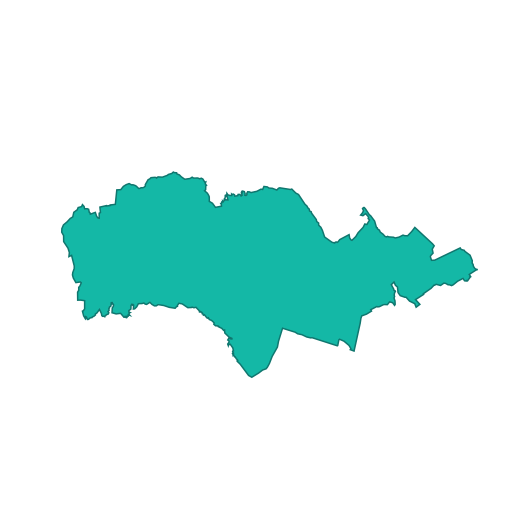 outline of Vitomiresti, Olt, Romania, rotated 235°
{"feature_id": "2599482B1675604721620", "entity_name": "Vitomiresti", "entity_type": "district", "adm_level": 2, "iso_a3": "ROU", "parent_name": "Romania", "parent_adm1": "Olt", "projection": "natural_earth1", "projection_center": [24.373, 44.847], "detail": "fine", "context": "isolated", "style": "filled", "palette": "teal", "viewbox_px": 512, "rotation_deg": 235, "n_neighbors": 0, "source": "geoboundaries", "source_scale": "gbopen_adm2", "svg_char_len": 6118}
<svg xmlns="http://www.w3.org/2000/svg" viewBox="0 0 512 512"><g transform="rotate(235 256 256)"><path d="M188.3,402.5L186.7,397.5L185.6,391.8L187.3,389.5L188.8,388.4L189.4,384.1L190.9,380.4L192.5,379.4L195.6,375.6L196.6,375.1L196.7,374.0L198.0,372.9L200.9,372.6L204.3,371.5L206.4,371.9L208.5,371.1L209.7,371.5L210.2,371.0L216.6,373.2L223.3,373.0L224.8,372.5L231.5,372.7L233.6,372.5L234.0,371.9L233.8,370.5L231.4,370.0L230.2,367.8L229.5,365.2L227.7,366.7L227.8,370.1L224.2,370.5L223.0,370.3L222.3,369.3L220.4,369.7L218.2,364.9L219.8,363.5L218.0,360.2L216.5,353.0L214.7,348.9L213.8,343.6L214.5,343.1L216.9,343.0L220.1,344.5L221.4,334.0L220.6,331.5L220.6,330.3L221.6,329.7L221.8,328.3L221.5,327.9L223.7,326.1L232.2,323.1L238.9,325.1L242.4,325.6L245.2,325.0L247.1,326.2L249.4,325.5L251.3,326.3L259.2,326.1L260.7,326.6L262.1,325.7L263.9,326.5L265.7,326.1L267.8,326.4L270.2,325.8L282.0,326.1L284.7,324.7L290.3,323.7L290.7,322.4L298.2,314.6L298.6,313.3L298.1,310.9L302.1,308.2L304.2,305.6L306.1,304.9L308.4,302.4L306.7,299.6L307.9,298.4L308.5,293.8L310.8,288.3L312.3,287.4L313.4,286.0L312.6,284.4L311.4,283.7L311.3,282.5L312.1,281.7L313.2,282.8L315.4,283.4L316.9,282.3L317.0,281.8L316.4,281.4L316.9,281.3L316.5,280.5L313.7,279.4L313.7,278.2L315.5,278.2L316.2,277.5L316.7,276.6L315.9,275.7L317.1,273.0L318.5,273.5L319.9,272.8L320.0,271.6L320.6,271.5L319.5,270.8L320.5,269.4L322.1,268.1L324.0,268.1L322.6,267.0L323.1,266.8L323.3,265.6L321.7,264.4L322.2,265.7L321.6,266.6L318.1,265.2L319.3,263.5L321.1,263.3L320.8,262.5L319.1,261.7L319.8,261.7L319.3,260.3L320.1,260.2L319.3,259.7L319.9,259.0L318.9,258.0L319.2,257.3L318.1,257.2L316.6,256.3L319.1,250.7L324.2,250.6L327.5,249.1L331.2,251.6L332.7,252.0L335.3,252.2L339.0,251.3L339.2,252.8L342.3,255.1L342.3,256.0L344.2,255.8L345.5,257.3L345.7,256.4L349.6,256.6L351.1,255.8L351.6,254.1L353.2,253.1L355.7,249.5L357.2,248.9L357.3,246.5L359.7,241.7L363.8,240.2L366.3,239.8L368.6,238.3L369.7,238.7L371.2,236.9L372.2,236.4L371.9,234.4L373.1,230.9L372.9,229.7L374.3,224.5L377.0,221.1L376.9,219.2L377.7,219.1L378.5,218.2L380.4,214.9L380.1,213.1L380.4,211.4L378.0,206.3L376.7,205.4L376.5,203.6L377.0,202.1L377.9,201.0L377.9,199.9L378.6,198.6L381.9,198.0L383.3,197.3L385.0,196.0L385.6,194.9L388.1,193.6L388.9,190.6L389.1,187.3L387.9,183.3L390.0,179.9L379.0,170.4L381.4,165.9L380.9,165.7L382.8,162.1L383.1,162.3L385.6,156.2L380.8,153.5L381.0,152.1L376.9,149.2L377.7,148.4L379.8,148.2L383.9,149.4L385.3,144.3L386.3,144.8L387.4,144.5L390.3,145.7L391.6,144.8L393.0,142.7L395.2,143.6L397.6,143.3L396.5,141.4L397.7,138.1L396.4,136.1L396.3,131.8L393.1,128.3L393.3,125.4L392.3,120.8L391.9,116.1L389.8,112.7L386.9,110.5L383.1,110.1L378.1,106.7L370.3,106.5L365.9,105.1L362.8,102.4L362.3,105.3L352.1,101.4L349.9,99.8L347.6,96.5L345.8,94.8L342.7,93.7L337.5,93.2L335.5,97.2L334.3,97.5L332.5,94.7L332.0,92.8L329.6,91.1L328.7,89.1L322.1,84.6L320.5,87.0L317.7,90.0L311.0,85.3L310.2,83.3L310.4,82.2L305.9,80.5L302.3,80.2L302.5,80.6L304.0,80.8L304.2,81.7L303.2,82.1L300.7,81.5L300.2,82.4L300.4,84.7L299.6,86.4L300.0,87.1L299.6,88.4L299.8,90.6L300.6,91.1L300.6,93.1L302.0,97.1L297.6,96.4L295.6,95.5L294.6,95.7L294.1,96.6L293.1,97.2L293.5,97.5L293.3,98.5L293.7,99.7L293.2,101.6L293.9,102.9L295.4,102.9L295.7,104.4L297.5,105.4L297.5,106.1L298.3,106.8L298.2,108.4L300.8,110.7L300.3,111.5L299.1,110.7L298.5,111.5L297.6,111.3L296.5,110.1L295.9,108.5L292.1,105.5L288.8,108.2L286.7,112.2L281.6,112.7L281.2,113.3L281.5,113.8L280.5,114.1L280.7,114.6L279.1,114.6L280.8,115.3L280.1,115.8L280.3,116.2L280.0,116.7L281.1,117.6L279.8,118.6L281.2,118.4L281.7,119.3L282.2,119.4L281.9,120.4L282.8,119.9L283.9,120.2L284.2,120.6L284.3,123.1L287.1,125.2L287.6,126.5L286.7,126.6L286.9,127.4L286.0,127.6L282.9,125.1L282.3,126.3L282.8,129.2L284.4,132.3L282.4,135.4L281.8,137.2L280.2,137.6L279.1,138.6L278.9,142.5L276.1,143.0L273.4,144.2L272.3,145.9L272.4,147.6L271.7,148.6L268.3,152.1L263.7,155.5L259.6,159.8L260.1,161.9L259.8,162.8L260.6,163.3L261.5,165.7L259.1,168.1L252.8,170.5L250.8,173.6L250.8,174.3L249.2,175.5L248.4,177.4L243.7,178.1L242.6,177.6L242.4,177.8L242.9,178.0L242.6,178.5L240.9,179.3L239.7,178.9L239.6,179.3L237.7,179.0L237.5,180.0L233.5,180.3L232.9,180.6L232.8,181.5L230.8,181.3L228.8,182.6L226.8,183.1L225.1,183.3L224.3,182.3L222.1,182.8L220.5,184.8L219.7,185.0L219.6,184.7L216.3,186.5L213.6,186.8L213.4,187.8L210.8,186.3L205.0,187.4L202.4,189.0L201.9,188.8L202.2,188.1L204.3,186.6L203.4,184.7L202.0,185.1L201.0,184.7L200.1,182.3L198.5,181.9L199.8,183.4L198.7,183.4L198.4,184.3L194.1,184.3L191.3,183.2L191.5,182.6L191.0,181.9L189.6,181.9L189.6,180.8L188.9,180.7L188.4,181.2L187.6,180.2L187.4,180.8L185.7,180.6L185.4,181.1L183.0,180.9L181.7,181.3L180.9,181.1L180.9,180.3L180.6,180.2L176.4,181.0L162.4,181.4L159.1,183.0L158.6,191.0L158.8,196.0L157.8,199.6L158.4,201.6L160.3,205.4L164.5,211.7L169.1,221.3L173.3,225.6L181.6,236.3L171.1,244.4L168.4,245.5L165.2,248.5L160.6,251.1L157.6,253.8L156.9,255.1L135.8,271.1L135.8,271.6L139.8,275.8L139.9,276.7L135.8,279.2L129.4,280.9L125.7,280.6L125.2,279.5L121.9,281.8L141.3,302.9L144.8,306.2L146.3,308.3L145.0,313.2L144.6,319.0L146.2,319.2L145.3,326.0L144.5,326.5L143.7,328.1L143.1,332.2L142.5,333.5L140.8,335.7L141.8,339.1L139.4,341.1L136.1,341.2L136.5,342.2L139.5,344.1L142.5,345.0L143.3,346.3L144.6,346.7L145.6,347.6L146.6,348.7L146.9,349.8L147.6,350.0L148.9,349.3L149.8,349.8L154.9,350.4L155.5,354.1L152.0,353.4L149.5,354.1L144.6,351.4L140.8,351.4L136.8,354.3L136.1,355.3L131.0,355.9L125.9,358.7L122.2,357.8L122.4,362.5L128.8,361.7L128.4,371.3L129.1,371.4L129.1,380.8L130.0,385.2L129.6,385.5L129.5,387.3L126.0,390.3L126.0,394.4L124.7,395.7L122.3,396.8L121.3,398.1L119.6,399.2L119.3,401.0L119.7,406.7L118.9,412.7L116.1,412.6L114.8,414.0L115.0,414.7L114.3,415.0L115.7,419.0L116.9,419.2L116.0,419.4L115.9,420.0L118.6,420.1L118.3,428.2L118.0,429.1L117.4,429.4L118.4,429.3L118.4,428.9L120.2,428.1L122.8,428.2L124.6,429.0L126.2,429.0L128.1,430.5L133.9,431.8L140.2,429.7L141.1,429.9L143.7,427.8L145.5,427.9L150.1,399.9L151.8,397.3L155.4,398.4L156.1,399.3L156.8,402.7L160.5,404.3L162.1,407.8L164.7,407.6L188.3,402.5Z" fill="#14b8a6" stroke="#0f766e" stroke-width="1.5"/></g></svg>